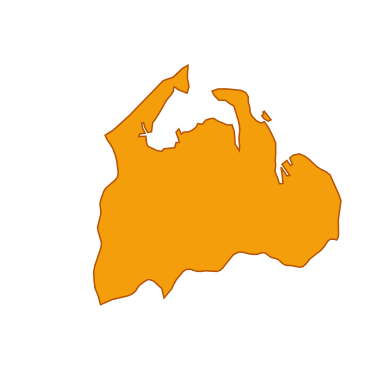 outline of Aichi, rotated 154°
{"feature_id": "JPN-1840", "entity_name": "Aichi", "entity_type": "Prefecture", "adm_level": 1, "iso_a3": "JPN", "parent_name": "Japan", "parent_adm1": "", "projection": "natural_earth1", "projection_center": [137.132, 34.981], "detail": "fine", "context": "isolated", "style": "filled", "palette": "amber", "viewbox_px": 384, "rotation_deg": 154, "n_neighbors": 0, "source": "natural_earth", "source_scale": "10m", "svg_char_len": 2675}
<svg xmlns="http://www.w3.org/2000/svg" viewBox="0 0 384 384"><g transform="rotate(154 192 192)"><path d="M245.2,281.2L235.8,282.1L215.4,288.0L169.1,304.7L158.6,303.5L146.7,307.2L143.6,307.5L140.0,307.7L141.8,304.2L143.2,302.2L146.2,296.5L148.4,288.1L153.2,283.0L159.8,290.3L160.6,292.4L162.1,294.3L163.9,291.9L164.5,290.8L168.2,288.5L172.0,286.9L175.3,285.3L182.3,280.3L192.4,273.8L196.8,271.7L202.0,263.9L205.7,264.8L206.1,270.9L205.1,275.4L206.9,275.9L208.5,271.0L208.3,265.5L213.7,267.0L215.6,265.2L209.0,262.3L211.0,257.0L211.8,253.6L211.1,251.8L205.6,244.9L201.5,241.8L198.3,243.2L193.5,241.4L188.2,239.4L184.6,243.4L181.6,242.1L180.7,247.4L180.2,252.7L176.1,254.5L176.2,248.7L173.0,249.5L169.0,247.6L164.6,247.5L159.9,248.5L156.7,251.0L153.2,248.4L148.0,250.6L143.0,249.8L140.6,248.9L136.8,243.4L135.3,241.8L130.9,236.8L126.6,234.8L127.6,227.5L132.3,215.9L131.4,208.4L129.2,212.1L126.3,219.7L122.0,226.6L120.3,230.8L119.0,236.0L116.7,251.0L119.2,254.6L121.7,259.6L127.6,262.8L129.7,269.0L129.7,273.9L123.6,273.3L116.1,269.7L107.9,264.7L102.8,261.4L100.1,257.8L99.7,253.0L102.1,247.7L103.0,242.8L104.8,237.9L104.7,233.6L102.9,227.9L99.9,223.7L96.2,223.5L95.1,216.6L94.9,209.8L95.0,204.4L95.3,199.6L97.6,194.7L100.0,189.7L103.1,184.3L105.1,179.3L108.4,174.1L109.1,166.2L109.8,161.0L106.5,159.8L103.1,168.9L101.2,175.3L100.1,169.2L99.9,165.1L96.8,164.0L99.0,177.3L92.9,178.8L91.9,172.6L89.7,172.7L89.3,179.7L84.8,180.8L78.6,179.1L74.9,174.7L72.3,169.7L68.9,160.4L66.2,155.9L62.9,151.8L60.4,146.8L61.2,124.7L62.0,118.8L72.6,103.0L79.0,89.4L80.9,86.8L83.1,85.5L84.5,86.9L87.6,88.7L89.3,88.8L91.3,88.4L96.6,85.3L101.2,83.2L115.4,80.2L120.7,77.5L122.3,77.0L125.4,76.3L128.2,77.2L134.6,82.1L139.4,84.8L141.2,86.8L142.5,89.3L143.8,93.0L144.8,94.3L145.9,95.5L148.1,97.2L150.0,99.3L152.8,104.8L154.7,106.3L156.5,106.9L160.2,107.3L163.0,108.4L166.0,110.0L173.4,116.1L175.5,117.1L178.3,117.6L182.7,117.4L197.7,110.2L201.3,109.3L204.5,109.7L214.3,115.2L219.0,116.8L222.3,118.5L227.4,123.3L230.9,124.8L234.4,124.6L244.8,119.9L250.3,116.0L252.5,114.0L263.6,109.0L261.5,118.5L265.5,128.6L267.7,131.2L270.0,132.6L273.1,132.5L279.7,131.3L282.7,129.9L285.9,127.8L290.3,126.6L294.8,126.7L310.9,130.3L323.6,130.8L321.8,140.0L321.4,147.5L319.3,154.1L315.4,163.3L311.5,168.5L298.6,181.5L295.6,185.9L293.6,197.7L292.3,201.8L283.7,212.0L281.7,216.4L280.1,221.3L278.0,224.3L271.1,231.2L269.4,232.3L267.5,233.3L255.4,236.6L252.1,238.4L250.0,241.3L246.1,252.5L244.9,257.8L244.1,265.6L244.5,270.9L245.2,274.8L245.4,276.6L245.2,281.2L245.2,281.2ZM89.3,222.2L92.3,222.2L95.2,226.3L95.8,230.0L93.2,230.8L93.3,232.7L91.6,232.9L89.3,222.2Z" fill="#f59e0b" stroke="#b45309" stroke-width="1.5"/></g></svg>